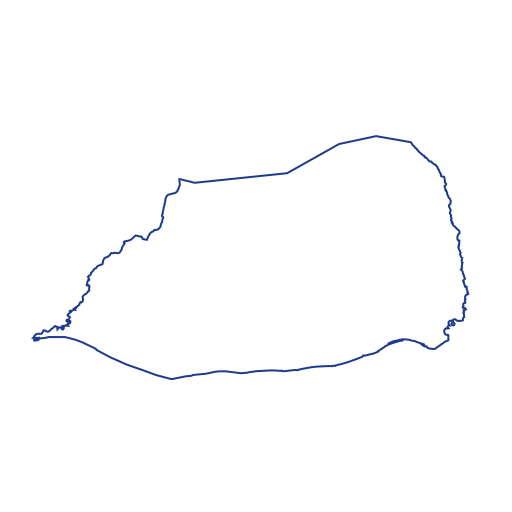 Pormpuraaw, Queensland, Australia, rotated 275°
{"feature_id": "25037944B5517287997374", "entity_name": "Pormpuraaw", "entity_type": "district", "adm_level": 2, "iso_a3": "AUS", "parent_name": "Australia", "parent_adm1": "Queensland", "projection": "mercator", "projection_center": [141.801, -14.654], "detail": "fine", "context": "isolated", "style": "outline", "palette": "blue", "viewbox_px": 512, "rotation_deg": 275, "n_neighbors": 0, "source": "geoboundaries", "source_scale": "gbopen_adm2", "svg_char_len": 6027}
<svg xmlns="http://www.w3.org/2000/svg" viewBox="0 0 512 512"><g transform="rotate(275 256 256)"><path d="M155.0,41.2L155.5,47.0L155.1,48.0L156.0,53.0L157.2,56.5L158.6,72.9L156.8,83.7L154.7,90.9L150.4,102.4L149.2,105.0L148.5,105.3L148.0,106.5L142.3,119.9L136.6,136.5L132.4,153.2L128.7,166.8L126.1,181.6L126.1,183.2L130.0,196.4L131.0,202.0L132.0,203.6L134.4,216.6L137.0,224.9L137.9,229.2L138.5,236.2L137.9,250.9L139.0,257.6L139.5,258.8L141.3,266.5L143.1,279.1L143.6,284.5L143.7,290.9L144.1,291.5L143.6,292.6L143.6,293.6L145.8,304.5L145.8,307.3L146.3,307.6L146.4,308.7L147.1,310.1L149.8,320.0L151.1,326.1L152.6,337.1L153.0,342.1L153.4,342.4L153.5,343.4L153.4,344.6L153.9,344.9L154.6,346.6L155.6,349.9L158.4,357.1L164.5,370.1L165.1,370.9L166.2,371.4L166.3,373.5L168.2,378.7L168.5,380.0L169.7,382.9L171.4,386.0L171.8,385.8L176.9,392.3L177.7,392.9L178.3,394.4L179.2,395.4L181.1,399.5L184.1,407.1L184.3,408.8L184.7,409.4L184.9,409.3L184.7,408.2L184.0,405.8L181.1,398.3L179.7,395.9L179.7,395.4L180.5,395.7L181.2,396.8L183.3,400.9L184.1,404.1L185.0,406.2L185.9,410.1L186.0,415.3L185.2,419.0L185.0,422.2L184.5,423.1L182.6,431.0L181.7,431.5L181.8,430.6L182.6,429.5L182.4,428.7L180.9,431.0L180.6,432.5L180.8,433.8L180.1,434.1L179.0,436.0L178.8,441.2L179.2,442.5L187.3,452.1L188.7,454.9L189.4,455.1L190.9,454.7L193.7,454.6L194.2,454.1L194.1,452.3L194.4,451.6L195.6,450.6L197.5,450.0L198.9,450.2L200.4,451.3L200.7,452.6L200.5,453.8L200.7,454.2L201.7,453.2L202.2,453.1L203.5,453.7L203.6,455.0L205.5,453.7L206.7,453.6L207.5,453.9L208.6,455.5L208.6,456.7L208.3,457.1L207.5,457.4L205.9,456.8L204.9,456.8L204.2,457.5L204.0,458.5L204.5,459.3L205.3,459.7L205.9,459.7L207.0,458.4L208.0,457.9L209.4,457.8L210.0,458.3L210.3,460.0L208.9,462.3L209.4,466.4L209.9,467.7L212.1,467.6L213.5,468.8L214.5,468.3L216.1,468.4L217.3,467.5L218.3,468.2L219.4,467.5L219.8,467.5L220.7,468.1L220.7,469.3L221.2,469.8L222.6,468.4L222.4,466.8L223.3,466.3L224.7,467.0L226.0,466.6L226.7,466.8L227.1,467.2L227.4,468.4L228.4,468.7L229.6,467.9L230.5,468.0L231.2,468.5L232.2,467.9L234.1,467.9L235.7,468.8L236.1,470.1L236.8,470.8L237.5,470.7L238.1,469.6L239.5,469.8L240.4,469.2L242.6,468.5L243.7,468.6L243.9,468.0L243.5,467.4L243.7,466.8L245.3,466.5L246.7,465.6L248.2,465.3L248.8,464.5L249.7,464.5L251.1,465.9L251.7,466.1L253.9,465.0L255.0,464.8L255.5,464.1L258.4,463.2L259.9,462.2L260.3,461.4L260.8,461.9L261.5,461.8L261.7,462.2L262.3,462.3L264.0,461.8L265.1,462.1L266.4,461.9L267.3,462.4L268.1,461.6L269.8,461.2L271.9,461.7L273.1,460.2L274.3,459.8L275.3,459.1L277.2,459.6L278.1,458.7L278.9,458.6L280.6,457.5L282.6,456.7L283.1,456.9L283.4,457.4L284.7,456.9L285.6,457.5L287.5,457.3L288.2,456.8L289.1,457.2L289.3,456.1L290.0,455.3L292.1,454.9L294.8,455.4L296.5,456.8L298.3,456.5L299.6,455.4L300.7,453.4L301.9,452.5L303.7,449.8L305.0,449.1L305.5,449.3L306.1,448.9L306.3,448.0L307.4,448.4L308.6,447.2L309.4,447.1L310.5,447.6L312.0,446.7L313.1,446.9L314.4,446.2L315.3,445.4L316.2,445.4L318.1,445.9L319.3,445.7L321.8,444.1L323.2,443.7L323.6,443.9L324.6,445.0L327.7,445.3L330.1,444.0L331.1,442.7L332.4,442.4L333.9,441.1L335.8,440.9L336.5,440.5L336.9,439.9L337.5,439.9L337.9,439.3L338.1,439.5L338.5,439.4L339.3,438.7L341.5,437.8L342.1,437.8L343.4,439.0L344.4,439.1L346.0,437.7L346.9,437.8L348.1,437.3L349.1,437.3L351.2,436.5L351.5,435.6L351.3,434.1L352.2,433.1L353.8,433.1L354.4,432.5L357.0,430.8L358.0,430.6L358.8,429.5L360.4,429.1L361.1,428.1L362.6,426.9L362.9,425.3L363.5,424.8L364.3,423.2L365.3,422.5L365.4,420.6L366.8,418.9L368.1,417.9L368.9,416.8L369.0,415.5L369.4,415.2L370.1,415.2L370.5,414.8L370.9,413.5L374.3,408.9L375.4,408.1L375.5,407.7L376.2,407.0L376.7,406.8L377.3,406.0L377.4,405.4L379.4,403.7L380.1,402.4L382.8,400.6L385.9,365.2L374.8,329.0L341.2,279.8L323.6,188.6L326.0,173.1L324.1,173.1L321.4,173.8L319.8,173.9L317.9,173.2L316.1,173.0L315.0,172.2L313.7,172.1L312.2,170.6L311.5,169.3L309.4,163.2L308.1,162.0L306.7,161.3L304.1,160.7L302.2,160.9L300.7,160.4L299.2,160.5L296.0,159.8L293.5,159.7L291.2,159.2L289.9,159.4L288.5,158.8L287.5,158.9L286.7,160.0L286.1,160.3L284.3,159.6L281.7,159.5L280.2,158.8L276.6,158.1L274.9,157.0L273.3,154.9L273.1,152.4L271.6,151.6L270.7,149.8L269.3,148.5L265.9,146.9L262.6,145.9L263.0,141.8L263.3,141.5L264.5,140.9L265.4,140.0L265.5,139.5L265.2,138.3L265.9,135.6L265.9,134.2L261.5,130.2L260.4,128.2L259.2,124.2L258.6,123.2L257.8,123.1L257.1,124.0L253.5,122.1L250.0,121.3L247.5,119.8L246.8,118.6L246.9,114.4L246.3,113.4L246.2,111.2L244.7,110.6L243.4,109.5L242.1,108.1L241.1,105.7L239.9,104.8L238.0,104.1L235.9,104.0L234.5,103.7L232.3,99.3L231.6,98.6L230.1,97.8L229.1,96.1L226.5,94.6L224.8,93.1L223.5,93.1L222.9,92.7L222.1,92.0L221.7,91.1L220.4,90.4L219.8,91.1L217.9,91.9L217.4,91.0L217.0,91.3L216.8,90.9L215.1,90.1L213.2,90.4L212.6,89.8L211.9,90.2L211.9,90.6L212.4,90.9L212.1,91.3L212.2,92.1L211.7,92.7L209.0,92.5L207.6,92.9L206.8,92.8L206.4,91.9L205.3,91.4L203.9,90.4L202.7,88.7L200.6,86.9L199.6,86.9L197.9,87.5L196.1,87.4L194.6,86.2L194.9,85.5L194.4,84.9L192.9,84.3L191.9,84.2L190.8,82.8L189.5,81.8L189.4,81.3L188.5,81.3L187.8,80.4L188.2,79.9L187.9,79.5L187.5,80.4L186.8,80.2L186.5,80.4L186.6,78.9L185.9,78.3L185.5,77.3L184.7,76.8L184.8,76.4L185.3,76.1L185.0,75.3L184.4,75.3L183.5,75.9L181.2,73.5L180.6,73.5L179.8,74.0L179.4,75.5L178.6,76.0L176.8,75.1L175.7,72.9L174.8,72.8L174.2,73.7L174.4,74.5L175.1,75.0L175.1,76.3L174.9,76.7L174.4,76.9L173.0,76.6L173.2,75.3L172.6,74.9L172.1,75.3L171.3,74.1L170.8,74.2L170.2,74.8L170.2,74.2L169.9,73.8L170.6,72.9L170.2,72.1L169.1,71.2L169.7,69.9L169.7,69.4L169.4,69.1L168.5,69.3L167.3,70.8L166.0,70.2L166.2,68.8L167.3,68.4L168.0,67.1L166.9,65.3L165.7,64.6L166.5,64.4L167.3,65.0L167.8,64.8L168.2,64.0L168.2,62.9L168.7,61.8L166.6,60.0L165.5,58.5L164.2,57.6L162.9,56.3L162.4,55.3L162.5,54.1L163.5,52.2L163.5,51.2L163.0,50.5L162.0,50.5L159.8,49.0L159.5,45.4L158.8,43.6L156.5,41.8L156.0,42.0L155.0,41.2ZM153.4,43.0L153.1,42.3L152.8,42.1L152.5,42.3L152.5,43.4L153.2,45.9L153.7,46.8L154.1,47.0L154.8,46.8L153.9,46.3L153.3,45.0L153.1,43.7L153.4,43.0Z" fill="none" stroke="#1e3a8a" stroke-width="2"/></g></svg>